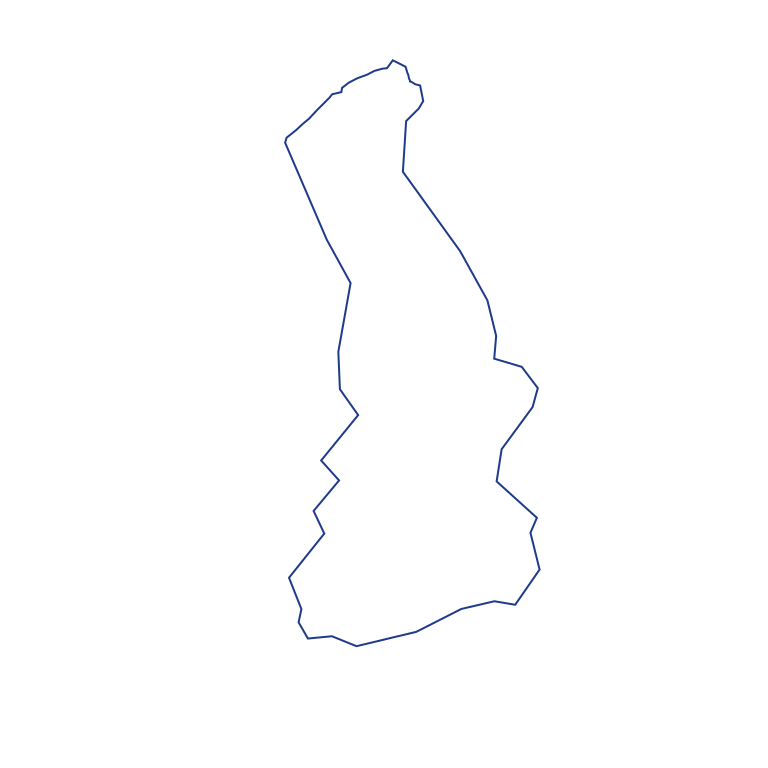 the district of Bazar-Korgon, Jalal-Abad, Kyrgyzstan, rotated 139°
{"feature_id": "92254566B21007604083184", "entity_name": "Bazar-Korgon", "entity_type": "district", "adm_level": 2, "iso_a3": "KGZ", "parent_name": "Kyrgyzstan", "parent_adm1": "Jalal-Abad", "projection": "equal_earth", "projection_center": [72.866, 41.193], "detail": "fine", "context": "isolated", "style": "outline", "palette": "blue", "viewbox_px": 768, "rotation_deg": 139, "n_neighbors": 0, "source": "geoboundaries", "source_scale": "gbopen_adm2", "svg_char_len": 934}
<svg xmlns="http://www.w3.org/2000/svg" viewBox="0 0 768 768"><g transform="rotate(139 384 384)"><path d="M604.8,260.2L608.4,241.8L588.8,227.8L576.8,204.2L522.3,175.8L473.2,163.5L443.2,147.6L429.8,131.3L388.3,141.9L371.1,175.6L357.5,182.2L356.4,182.7L362.9,236.6L338.0,257.6L287.0,269.1L270.6,280.0L268.8,306.6L284.2,330.8L267.8,346.7L251.1,379.3L239.4,434.2L230.5,531.8L194.8,567.9L177.0,569.1L168.8,571.8L160.9,585.6L163.8,589.8L165.0,593.9L165.9,595.2L165.3,596.0L164.7,598.2L162.8,601.5L162.4,603.1L159.6,609.3L165.0,622.5L174.6,620.4L178.1,622.9L185.8,626.6L193.7,628.5L203.4,632.2L212.7,634.5L221.4,635.0L224.7,632.3L233.1,636.7L237.0,635.9L255.4,634.6L266.6,633.4L274.6,633.6L280.1,633.4L283.4,633.3L295.9,633.8L300.3,631.0L332.5,530.5L343.0,482.1L397.3,438.3L420.7,409.0L423.9,377.5L481.6,367.5L481.2,340.7L520.4,334.4L527.2,310.3L582.8,300.1L594.0,268.3L604.8,260.2Z" fill="none" stroke="#1e3a8a" stroke-width="2"/></g></svg>